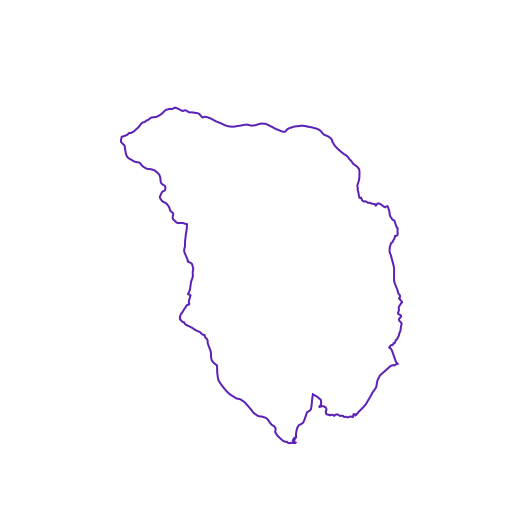 the district of Sarateni, Mures, Romania, rotated 213°
{"feature_id": "2599482B70321377135437", "entity_name": "Sarateni", "entity_type": "district", "adm_level": 2, "iso_a3": "ROU", "parent_name": "Romania", "parent_adm1": "Mures", "projection": "natural_earth1", "projection_center": [25.019, 46.575], "detail": "fine", "context": "isolated", "style": "outline", "palette": "violet", "viewbox_px": 512, "rotation_deg": 213, "n_neighbors": 0, "source": "geoboundaries", "source_scale": "gbopen_adm2", "svg_char_len": 6103}
<svg xmlns="http://www.w3.org/2000/svg" viewBox="0 0 512 512"><g transform="rotate(213 256 256)"><path d="M405.0,336.1L405.6,334.7L406.3,333.8L409.0,331.9L410.6,330.1L411.1,329.4L411.4,328.7L411.8,327.3L412.4,324.0L413.2,322.3L414.1,320.3L415.5,318.2L417.0,316.9L418.6,315.7L419.5,314.7L420.3,312.1L420.8,311.1L421.6,310.1L422.2,308.1L423.6,306.3L424.1,305.3L424.5,303.8L424.5,300.8L426.4,293.6L427.9,291.1L429.4,290.0L429.6,289.7L429.8,288.1L430.2,287.0L433.5,282.8L432.9,280.9L431.7,278.5L431.1,278.1L430.2,277.8L426.5,277.1L421.2,271.3L418.8,269.4L417.7,268.9L416.5,268.7L415.5,268.6L413.7,268.8L409.6,268.9L407.5,269.6L405.7,270.5L404.3,270.8L403.2,270.6L400.9,269.7L398.9,269.5L396.4,269.5L394.6,269.9L393.6,270.3L392.1,271.3L388.3,272.5L384.5,272.3L381.4,271.5L379.0,269.7L377.2,267.3L375.4,265.6L374.2,265.2L370.5,265.1L370.1,264.9L369.3,264.1L369.0,263.7L368.3,262.0L368.3,261.2L368.6,260.4L369.4,259.3L369.6,258.3L369.4,256.3L368.8,253.1L368.1,252.4L366.2,251.5L364.8,251.0L363.6,250.9L360.7,251.3L358.9,251.0L356.3,250.1L354.8,249.2L352.8,247.4L351.7,247.1L349.3,246.8L348.6,246.5L348.0,245.7L347.7,244.5L346.6,242.5L345.8,241.9L345.1,241.5L344.2,241.5L341.8,240.9L340.1,240.9L338.8,241.5L336.3,243.3L335.0,244.0L333.3,244.3L331.2,245.1L329.7,242.6L328.1,239.4L326.7,236.1L323.5,229.7L320.9,225.5L319.7,222.2L318.3,220.3L310.3,214.9L310.2,214.2L306.5,214.7L305.1,214.3L301.9,211.4L301.4,210.7L300.6,208.5L297.8,204.4L297.2,202.4L296.4,198.9L293.0,191.7L292.9,190.7L292.3,188.4L292.5,187.7L292.3,187.1L291.1,187.1L290.2,187.4L289.4,187.2L288.3,183.5L288.1,182.4L286.8,180.1L286.6,179.9L286.1,179.8L285.8,179.5L285.8,178.9L286.1,178.3L287.0,177.5L287.3,176.7L287.1,174.0L287.3,172.9L287.1,169.6L287.3,166.5L286.8,163.6L286.4,163.1L285.9,163.0L285.5,161.7L284.7,161.4L281.6,160.7L280.2,161.2L278.7,160.3L277.2,160.2L270.5,161.0L266.2,160.9L261.5,161.7L258.6,161.0L257.6,161.1L256.6,161.6L256.0,161.7L255.1,160.7L254.3,160.2L253.1,159.8L251.9,159.6L250.4,158.6L249.1,156.7L248.3,156.0L242.9,152.0L241.3,150.6L238.2,146.2L236.5,144.6L234.3,143.6L229.0,142.9L225.2,137.3L221.7,133.2L219.8,131.3L215.9,129.5L211.2,127.8L207.2,126.6L203.1,125.8L199.0,125.8L194.7,125.9L192.0,127.0L190.7,127.3L186.1,127.2L182.2,126.2L175.7,124.3L173.2,123.2L171.0,123.0L167.5,122.9L164.8,123.8L163.6,124.6L160.7,125.4L158.3,125.6L156.3,125.0L153.7,123.8L150.8,123.0L148.1,123.1L146.0,122.4L145.0,121.1L144.1,118.8L140.0,116.9L134.3,115.9L132.8,115.8L130.9,116.0L129.5,116.5L128.9,117.0L127.1,116.7L125.4,117.7L124.3,118.8L122.1,119.9L121.1,120.7L121.1,121.1L124.4,121.0L124.7,121.3L124.9,123.8L124.7,123.9L123.7,122.7L123.5,123.1L124.1,124.5L124.3,125.2L124.1,125.5L123.6,125.6L123.6,125.9L124.4,126.8L125.9,129.2L127.0,131.8L127.8,134.4L128.0,137.2L126.3,140.3L125.8,141.5L125.9,143.6L128.1,153.0L126.9,154.9L126.6,156.3L126.5,157.6L128.9,162.8L130.4,165.4L133.0,171.0L128.2,171.3L123.4,170.7L123.1,170.5L121.5,168.5L120.5,166.8L120.8,164.1L120.5,164.0L119.3,165.4L118.1,166.5L117.0,166.9L116.0,166.8L115.6,167.0L114.6,166.7L113.8,166.2L113.2,165.4L112.8,163.5L112.2,163.0L111.6,162.2L110.8,161.7L110.5,161.7L108.6,162.3L108.2,162.7L107.5,162.6L107.1,162.8L106.9,163.3L105.3,164.5L104.5,164.6L103.4,164.5L103.2,164.8L103.1,165.9L102.4,166.8L101.8,167.3L100.8,167.6L98.4,167.6L97.7,168.4L96.3,169.1L95.7,169.3L94.9,168.9L94.2,169.1L93.3,170.0L91.6,170.4L91.0,170.8L89.5,172.7L88.9,173.1L87.5,173.5L87.1,173.8L87.5,174.7L87.1,175.3L88.0,176.4L87.4,176.9L86.5,177.3L85.8,177.2L85.6,177.0L85.4,177.5L85.5,178.3L85.2,179.0L85.0,181.4L83.7,187.4L83.1,191.9L83.3,194.7L83.6,202.2L83.9,204.9L83.7,210.5L84.0,212.2L85.7,216.0L86.4,218.0L87.0,223.4L83.1,237.4L81.4,239.3L80.6,239.4L79.0,242.4L78.7,242.3L78.5,242.7L79.4,242.8L81.2,243.6L89.9,250.3L92.2,251.7L94.4,251.8L94.4,253.9L94.0,255.0L93.2,255.6L92.7,256.7L93.1,257.9L92.4,258.5L92.4,259.9L93.0,261.4L92.5,262.3L92.5,263.4L92.9,267.2L93.3,268.1L93.8,269.4L93.7,270.0L94.4,272.6L96.0,275.7L96.8,278.2L97.8,279.1L100.7,279.8L101.5,280.5L101.7,281.5L101.3,284.1L101.6,284.6L102.3,285.1L105.1,284.9L105.9,285.6L106.6,288.5L107.9,289.9L108.5,291.3L108.6,295.9L108.2,296.6L108.8,297.1L109.9,297.6L111.0,297.7L111.9,298.3L112.9,298.3L113.1,298.9L112.9,299.7L113.2,300.8L114.6,301.7L116.2,302.1L119.1,304.7L124.3,308.3L126.7,310.4L133.5,320.9L135.3,322.8L140.0,327.1L143.7,330.4L145.6,331.6L146.8,333.1L148.2,335.5L148.7,336.5L149.6,340.0L149.6,340.8L149.1,341.7L149.1,342.2L149.3,342.8L149.4,345.7L149.9,347.9L150.2,348.2L150.3,348.5L149.2,349.5L148.8,350.2L148.8,350.5L149.2,351.7L150.1,352.8L152.3,356.4L152.7,356.6L153.0,356.4L154.8,357.5L159.3,361.1L160.5,360.8L161.7,361.0L164.6,362.2L166.1,363.2L168.2,365.8L171.3,368.4L172.8,369.4L173.8,368.4L174.2,367.2L175.4,367.0L179.3,367.3L181.6,367.0L182.6,366.3L182.8,365.4L182.8,363.9L183.1,363.5L183.9,363.9L184.1,364.3L184.6,364.3L185.5,363.7L186.9,363.3L188.0,362.8L189.7,362.6L191.0,361.6L193.0,361.6L194.2,361.4L195.2,360.4L197.4,360.5L198.1,361.2L198.7,361.4L199.6,362.1L200.3,361.4L200.8,361.2L201.5,361.6L205.7,366.0L206.8,366.9L207.5,368.2L209.3,370.1L210.9,375.6L212.5,378.9L214.9,382.7L216.8,385.0L219.8,386.0L224.8,386.3L228.2,387.7L230.4,388.0L232.8,389.1L234.7,389.5L237.7,389.4L241.4,389.7L245.5,390.3L249.9,391.4L253.9,393.3L255.2,394.2L255.3,394.7L257.1,395.3L258.6,395.5L260.3,395.6L265.3,394.8L267.9,395.4L269.8,396.1L271.5,396.2L273.0,396.1L274.8,395.8L275.9,395.3L278.3,394.6L281.0,393.6L283.5,392.4L283.7,392.5L285.1,392.0L288.5,390.3L294.4,385.4L298.1,380.8L298.8,379.2L299.1,376.7L299.5,376.0L300.4,375.2L301.8,374.7L308.2,373.4L309.6,373.2L312.1,373.1L318.6,372.3L320.3,371.9L322.9,370.4L323.8,369.8L325.9,367.7L327.6,365.5L330.0,363.4L331.3,362.6L334.7,361.5L335.8,360.8L337.7,359.2L339.7,357.2L342.5,354.7L345.0,352.4L347.9,350.6L350.7,349.4L352.6,348.9L358.7,348.0L363.0,347.1L368.9,346.7L372.9,345.7L374.7,344.9L375.2,344.5L375.7,343.5L376.5,343.1L377.2,343.1L378.5,343.5L379.8,343.8L380.8,344.3L382.5,344.0L388.0,341.6L389.9,340.3L390.6,340.0L393.1,340.1L394.4,339.8L395.2,339.3L396.0,338.1L396.6,337.6L402.8,336.9L404.6,336.3L405.0,336.1Z" fill="none" stroke="#5b21b6" stroke-width="2"/></g></svg>